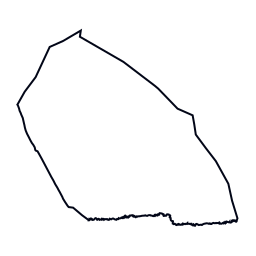 Bulgan, Dornod, Mongolia (Mercator projection), rotated 181°
{"feature_id": "93677404B34765270350686", "entity_name": "Bulgan", "entity_type": "district", "adm_level": 2, "iso_a3": "MNG", "parent_name": "Mongolia", "parent_adm1": "Dornod", "projection": "mercator", "projection_center": [114.017, 47.601], "detail": "fine", "context": "isolated", "style": "outline", "palette": "ink", "viewbox_px": 256, "rotation_deg": 181, "n_neighbors": 0, "source": "geoboundaries", "source_scale": "gbopen_adm2", "svg_char_len": 5115}
<svg xmlns="http://www.w3.org/2000/svg" viewBox="0 0 256 256"><g transform="rotate(181 128 128)"><path d="M67.2,33.4L66.6,33.2L66.3,33.2L66.0,33.4L65.0,33.3L64.6,33.1L64.4,33.1L63.9,33.2L63.4,33.4L63.2,33.4L63.2,32.8L62.9,32.4L62.4,32.4L61.4,32.8L61.4,32.6L61.5,32.3L61.5,32.0L61.3,31.7L61.1,31.7L60.9,31.8L60.4,32.3L60.2,32.4L60.0,32.2L59.8,31.6L59.3,31.4L59.1,31.6L58.8,32.3L58.5,32.9L58.2,33.2L57.8,33.3L57.5,33.3L56.9,32.8L56.3,32.7L55.8,32.3L55.6,32.2L53.3,32.6L52.5,32.3L52.2,32.4L51.9,32.8L51.7,32.9L50.8,33.3L50.2,33.6L49.4,33.7L49.2,33.8L47.7,34.1L46.1,33.9L45.4,33.6L44.9,34.0L44.5,34.1L43.9,33.5L43.6,33.5L42.9,33.5L42.4,34.0L41.8,34.1L41.4,34.5L41.0,34.6L39.7,34.3L38.8,34.4L38.4,34.6L38.0,34.4L37.4,34.6L36.4,34.5L35.3,35.0L35.3,34.9L35.4,34.5L35.3,34.3L35.1,34.0L34.7,33.9L34.1,34.3L33.5,33.9L33.1,33.9L32.6,34.0L31.8,34.6L31.6,34.6L31.1,34.4L31.0,35.0L30.5,35.3L30.0,35.2L29.7,35.0L29.4,34.6L29.4,34.4L29.2,34.3L29.1,34.5L29.4,35.3L29.3,35.6L29.2,35.9L28.9,35.9L28.7,35.8L28.4,35.2L28.1,35.1L28.0,35.3L28.0,36.0L27.9,36.1L27.7,36.2L27.2,35.8L26.4,35.8L25.4,35.4L25.1,35.4L24.9,35.6L24.6,36.1L24.5,35.7L24.4,35.5L24.3,35.4L23.8,35.2L23.4,35.3L22.6,35.8L22.4,36.1L22.4,36.5L22.4,37.2L22.1,37.5L21.7,37.5L21.2,37.1L21.0,37.6L20.7,37.6L20.4,37.0L20.1,36.9L19.9,37.0L19.6,37.5L19.3,37.5L18.8,37.2L18.7,36.3L18.5,36.2L18.1,36.2L17.9,36.4L17.7,36.8L17.7,37.3L17.0,39.6L22.7,57.2L26.7,74.0L39.6,96.4L49.8,109.2L60.1,122.6L61.8,132.7L63.6,141.8L78.8,148.2L98.5,167.9L101.7,170.5L133.7,194.0L177.7,218.4L176.9,224.6L194.4,213.9L207.7,207.7L221.2,177.3L231.9,162.5L239.0,149.4L238.7,149.1L238.2,148.0L237.2,145.4L236.7,143.4L235.5,141.0L235.0,139.6L233.4,136.2L232.1,130.9L231.9,130.1L231.7,129.4L231.1,126.6L230.2,123.6L228.8,120.4L227.0,117.1L225.4,114.0L223.9,111.4L222.4,109.5L221.4,107.8L221.2,107.5L220.9,106.9L220.4,104.7L220.1,104.1L219.6,103.7L218.9,103.5L218.0,103.1L216.0,99.7L213.6,95.5L203.8,77.7L201.8,74.4L199.7,70.4L197.6,67.1L196.3,64.7L195.2,62.9L192.4,57.8L191.7,56.1L191.4,55.7L189.9,53.3L187.3,49.5L186.6,48.6L185.9,47.9L181.5,47.4L172.3,39.9L165.8,35.3L165.8,35.0L165.3,35.0L164.9,35.3L164.7,36.0L164.8,36.5L163.9,36.4L163.6,36.6L163.4,36.9L163.2,36.8L163.2,35.9L162.8,35.8L162.0,36.1L161.9,36.0L161.9,35.5L161.6,35.4L160.5,35.8L160.2,36.0L159.3,37.1L158.9,37.3L158.2,37.1L157.9,36.8L157.2,35.7L157.0,35.8L156.6,36.3L156.3,36.5L155.8,36.7L155.5,36.6L155.2,36.3L154.9,35.7L154.2,36.0L153.8,36.0L153.4,35.9L152.9,35.8L152.9,36.0L152.9,36.5L152.6,36.9L152.2,36.8L151.8,36.4L151.6,36.5L151.2,36.7L150.9,36.7L150.7,36.5L150.4,35.8L149.9,36.1L149.8,36.5L148.9,36.5L148.1,36.4L147.6,36.6L147.3,36.6L147.2,36.5L147.2,36.2L146.5,36.0L146.2,35.8L145.7,35.8L145.1,36.0L144.9,36.3L144.9,36.8L144.7,37.0L144.2,36.7L143.2,36.4L142.1,37.1L141.7,37.2L141.1,37.2L140.5,36.9L139.6,36.4L138.7,36.2L138.1,36.0L137.9,36.1L137.7,36.6L137.3,36.9L136.9,36.9L136.4,36.7L136.1,36.7L135.8,37.0L135.8,37.5L135.7,37.7L135.2,37.4L133.8,37.6L133.5,37.8L133.0,38.4L132.7,38.4L132.4,38.3L132.4,37.9L132.2,37.8L131.4,37.8L131.3,38.1L131.6,38.5L131.5,38.9L131.2,39.1L130.2,38.9L129.8,39.4L129.8,39.8L129.7,40.1L129.5,40.3L129.3,40.4L129.1,40.4L128.8,40.2L128.6,39.6L128.7,39.4L129.2,38.8L129.2,38.7L128.8,39.0L128.6,39.2L128.3,39.2L127.9,39.1L127.6,38.6L127.4,38.7L127.5,39.1L127.4,39.2L127.1,39.3L126.8,39.2L126.7,39.1L126.5,38.5L126.4,38.5L126.4,39.1L126.2,39.5L125.9,39.6L125.7,39.6L125.2,39.3L124.9,39.6L124.9,40.4L124.8,40.5L123.9,40.6L123.4,40.5L122.8,40.8L122.3,40.9L121.5,40.8L121.3,40.4L121.4,39.8L121.2,39.6L120.6,40.2L120.4,40.3L120.1,40.2L119.9,40.0L119.9,39.6L119.8,39.4L118.7,38.9L118.6,39.0L118.6,39.5L118.0,39.8L117.8,39.8L117.6,39.5L117.4,39.4L116.7,39.8L116.0,39.9L115.1,39.9L114.5,40.1L113.8,40.1L112.5,40.5L111.1,40.6L110.3,40.6L109.3,41.0L108.9,40.9L108.4,40.6L107.8,40.6L107.2,40.5L106.1,41.1L104.5,41.3L104.1,41.2L103.7,40.9L102.8,40.9L101.3,40.3L101.0,40.4L100.8,40.7L100.5,40.9L100.0,40.7L99.8,40.5L99.6,40.4L99.5,40.5L99.8,41.0L100.0,41.3L99.7,41.7L99.4,41.8L98.9,41.5L98.6,41.7L97.4,41.0L97.2,41.0L97.2,41.7L97.2,41.9L97.0,42.1L96.8,42.2L96.3,42.3L96.1,42.3L95.8,41.7L95.4,41.8L95.4,42.0L95.3,42.7L95.1,43.2L94.9,43.4L94.4,43.4L93.4,43.1L92.8,43.2L92.6,43.1L92.3,42.9L91.9,42.4L91.7,42.4L91.2,42.5L90.9,42.3L91.0,41.8L91.0,41.0L90.8,40.7L90.3,40.7L89.6,41.1L89.4,41.1L88.9,40.9L88.5,40.9L88.3,41.0L88.0,41.7L87.8,42.0L87.4,42.4L87.1,42.4L86.6,42.2L86.2,42.3L85.7,42.2L85.2,41.6L84.4,41.4L84.2,41.0L84.2,40.8L84.4,40.4L84.8,39.8L84.8,39.6L84.8,39.4L84.6,39.2L84.0,39.1L83.9,39.0L83.7,38.1L83.8,37.4L83.7,37.2L83.5,36.6L83.3,36.3L82.5,35.8L82.3,35.7L81.5,35.7L81.4,35.6L81.4,35.0L81.7,33.9L81.6,33.2L81.0,33.0L80.7,32.7L80.3,32.7L80.0,32.9L79.8,33.1L79.7,33.1L79.5,32.9L78.9,32.7L78.2,31.9L77.6,31.8L77.2,32.3L76.6,32.2L76.3,32.2L76.2,32.4L76.3,32.6L76.3,32.8L76.0,33.0L75.3,32.8L75.2,32.6L75.2,32.3L75.1,32.2L74.5,32.3L74.3,32.3L73.4,32.1L73.0,32.4L72.9,32.5L72.2,32.4L72.1,32.5L71.7,33.4L71.6,33.5L71.3,33.4L71.1,33.3L71.0,32.7L70.5,33.0L70.0,33.1L69.5,33.1L69.3,32.9L69.0,32.9L68.3,33.3L68.1,33.3L67.6,33.1L67.4,33.4L67.2,33.6L67.2,33.4Z" fill="none" stroke="#020617" stroke-width="2"/></g></svg>